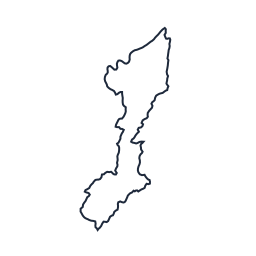 Iapu, Minas Gerais, Brazil (Equal Earth projection), rotated 17°
{"feature_id": "56859067B51020861012983", "entity_name": "Iapu", "entity_type": "district", "adm_level": 2, "iso_a3": "BRA", "parent_name": "Brazil", "parent_adm1": "Minas Gerais", "projection": "equal_earth", "projection_center": [-42.243, -19.351], "detail": "fine", "context": "isolated", "style": "outline", "palette": "slate", "viewbox_px": 256, "rotation_deg": 17, "n_neighbors": 0, "source": "geoboundaries", "source_scale": "gbopen_adm2", "svg_char_len": 3828}
<svg xmlns="http://www.w3.org/2000/svg" viewBox="0 0 256 256"><g transform="rotate(17 128 128)"><path d="M91.2,83.5L91.0,85.9L91.4,88.1L92.5,90.0L93.9,91.4L95.0,92.6L96.0,94.3L97.8,95.3L99.9,96.0L101.6,96.2L103.8,96.7L105.4,98.1L106.6,99.6L108.0,98.7L109.0,97.0L110.4,95.7L111.8,95.3L112.4,97.1L113.3,99.0L114.2,100.8L114.9,103.6L115.5,105.3L116.4,107.1L117.8,108.1L119.8,108.8L120.3,110.9L121.0,112.7L121.1,114.3L120.9,116.1L120.5,118.4L119.5,120.8L118.2,121.2L117.0,121.9L116.4,123.3L116.2,124.8L115.9,126.4L115.6,128.4L115.8,130.4L117.1,130.4L119.2,129.8L121.0,131.0L122.7,130.6L124.5,131.0L124.2,133.5L123.7,134.9L123.5,136.6L123.3,138.5L123.9,140.5L123.6,142.5L123.2,144.8L122.1,146.2L123.0,147.3L124.5,148.1L125.3,149.4L126.0,151.7L126.4,154.3L126.1,156.4L126.1,158.2L126.8,159.9L127.5,161.7L127.7,164.6L128.7,166.2L129.0,167.8L128.4,170.1L128.2,172.4L129.1,173.3L130.4,174.3L130.0,176.0L128.4,176.4L126.9,176.0L125.8,175.3L124.6,174.8L123.0,175.7L120.9,176.0L119.4,177.6L118.5,179.3L116.7,180.1L117.0,182.9L116.2,185.0L115.0,185.9L113.6,186.4L112.0,187.2L110.9,189.5L110.5,191.1L109.7,192.4L108.9,194.2L108.5,196.7L107.0,198.4L105.5,199.8L105.3,201.5L106.9,201.8L108.4,201.7L109.5,201.8L110.9,202.9L110.4,204.7L109.3,206.0L109.0,208.3L108.7,210.4L108.0,212.1L107.4,214.3L107.8,216.8L106.3,219.0L107.1,221.8L108.8,223.4L110.0,224.6L111.0,225.4L112.3,226.2L113.7,226.7L115.2,226.9L116.4,227.0L117.7,227.3L119.9,227.4L121.9,227.0L124.0,226.9L125.0,228.9L125.3,230.8L126.0,232.4L127.5,233.1L128.8,234.4L129.3,232.9L130.1,231.8L131.0,229.5L131.3,227.0L132.0,224.7L133.4,224.4L135.1,224.2L136.2,222.8L136.5,220.5L136.8,218.1L138.0,216.6L139.1,215.9L139.4,214.2L139.4,212.3L140.4,210.6L141.9,209.1L141.6,206.7L141.2,205.2L140.5,203.7L140.4,201.9L142.0,200.5L143.7,200.7L145.4,200.6L146.4,199.9L147.0,198.5L147.3,196.1L147.5,194.5L147.6,192.7L148.5,190.9L149.2,189.7L150.6,188.6L151.7,186.3L153.0,186.6L153.8,185.5L155.0,185.0L156.4,185.7L157.6,184.2L158.8,182.8L160.2,181.7L161.4,180.4L161.4,178.0L162.1,175.9L164.0,175.7L165.2,174.8L164.7,172.9L163.8,171.4L162.6,171.4L161.0,170.7L159.5,169.7L158.5,168.9L157.5,167.9L156.1,168.6L155.0,169.0L152.8,168.8L150.9,167.3L149.9,165.8L149.4,164.0L149.3,161.7L149.6,159.4L149.5,157.5L148.8,155.5L147.6,153.5L147.3,151.5L147.7,149.5L148.6,148.0L148.9,146.4L147.8,145.5L146.8,144.7L146.1,142.9L145.1,141.2L145.2,139.4L146.1,138.2L146.8,136.6L144.8,137.1L143.0,138.0L141.5,139.6L140.3,140.4L138.5,140.4L136.6,140.6L135.0,140.2L135.2,137.9L136.4,136.4L137.0,134.7L137.3,133.1L138.2,130.7L139.5,128.4L137.8,126.7L138.2,124.7L140.2,123.7L141.2,122.1L141.3,120.0L139.5,119.2L139.8,116.4L141.2,114.7L143.0,113.2L143.7,111.4L142.9,109.8L142.5,107.8L143.2,105.4L144.1,103.5L145.0,101.6L144.9,99.6L143.3,97.9L143.7,96.1L144.5,95.1L145.3,93.7L145.1,90.9L145.5,88.8L146.7,87.4L148.0,86.1L149.2,85.3L150.9,84.3L152.3,82.3L153.3,81.1L154.4,80.3L154.2,78.2L154.4,76.3L153.0,75.3L151.8,74.3L151.6,72.7L151.5,71.0L151.1,69.3L151.1,66.6L149.7,65.3L148.5,62.9L148.2,59.7L147.8,56.7L147.2,53.8L146.8,51.3L145.4,50.0L145.1,47.4L144.7,45.2L144.4,43.2L144.1,41.6L144.2,39.5L143.9,37.4L143.0,35.5L142.9,33.1L142.6,31.2L141.8,30.1L140.6,30.4L139.5,31.2L138.3,31.4L137.1,30.1L135.7,28.3L136.3,26.0L135.6,24.0L135.3,22.5L133.9,21.6L132.2,23.8L130.9,26.4L130.2,28.2L129.5,29.9L128.4,31.9L127.5,33.7L126.9,35.5L125.6,37.6L124.4,38.9L123.5,40.2L122.4,41.8L121.4,43.2L120.0,44.7L118.6,46.5L117.5,47.5L116.3,48.4L114.9,49.6L113.6,50.6L111.7,51.7L110.3,53.2L108.9,55.3L108.4,56.8L108.5,58.6L108.9,60.2L109.6,62.0L109.6,64.3L108.7,66.0L107.5,67.0L105.9,67.1L104.3,66.5L102.3,65.8L100.4,65.8L99.1,66.4L98.6,68.2L98.6,69.9L99.3,71.6L100.2,73.4L99.7,75.5L97.9,76.2L96.3,75.4L94.2,74.4L92.8,73.9L91.4,74.7L90.8,76.1L91.1,77.7L91.9,79.3L92.4,80.9L92.0,82.4L91.2,83.5Z" fill="none" stroke="#1e293b" stroke-width="2"/></g></svg>